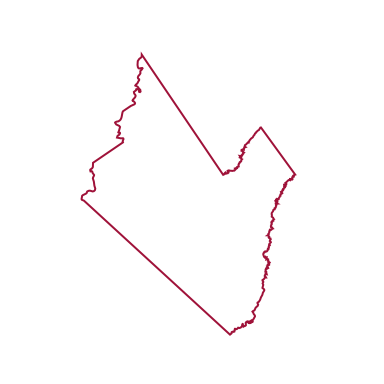 Puerto Caicedo, Putumayo, Colombia (Equal Earth projection), rotated 54°
{"feature_id": "7082276B64544196905368", "entity_name": "Puerto Caicedo", "entity_type": "district", "adm_level": 2, "iso_a3": "COL", "parent_name": "Colombia", "parent_adm1": "Putumayo", "projection": "equal_earth", "projection_center": [-76.404, 0.736], "detail": "fine", "context": "isolated", "style": "outline", "palette": "rose", "viewbox_px": 384, "rotation_deg": 54, "n_neighbors": 0, "source": "geoboundaries", "source_scale": "gbopen_adm2", "svg_char_len": 6055}
<svg xmlns="http://www.w3.org/2000/svg" viewBox="0 0 384 384"><g transform="rotate(54 192 192)"><path d="M238.6,98.3L180.3,98.3L180.1,98.9L181.2,101.5L181.0,102.9L181.3,104.0L181.2,104.5L181.7,105.6L181.7,106.7L182.4,107.7L182.6,108.9L183.5,110.7L183.5,113.1L183.8,113.8L183.9,114.7L184.5,115.8L184.5,116.8L184.8,117.2L185.3,117.2L184.9,118.4L185.3,120.2L185.2,121.5L186.3,123.0L186.9,122.4L187.2,122.3L186.8,123.8L188.0,124.9L187.6,125.0L187.8,125.6L187.4,125.6L187.1,127.2L187.7,127.7L188.3,127.1L188.8,127.3L189.4,127.0L189.9,127.1L190.4,126.9L190.3,127.5L191.1,127.7L191.2,128.0L191.0,128.6L191.5,129.0L191.9,130.0L191.4,130.2L191.6,131.5L191.0,132.1L192.3,132.1L192.3,132.3L191.9,132.8L192.1,133.1L193.0,132.6L192.7,131.9L192.8,131.7L193.8,132.5L194.3,132.6L194.9,132.3L195.1,133.3L196.0,134.1L196.0,134.6L196.2,135.1L195.9,135.5L196.0,136.1L196.6,136.6L196.6,137.3L196.9,137.4L197.3,138.4L198.8,139.2L198.4,140.3L199.1,141.2L198.5,141.5L198.7,141.8L198.6,142.2L198.9,142.6L198.4,142.8L198.2,143.4L199.3,143.5L199.6,145.1L199.2,145.5L198.9,146.6L196.7,149.2L196.2,149.4L195.8,150.6L195.8,150.9L196.2,151.1L196.8,150.7L197.4,150.7L197.7,151.0L197.6,151.6L197.8,151.9L197.5,152.3L197.5,152.9L197.0,153.2L197.1,153.8L197.0,154.0L195.9,153.7L196.0,154.5L196.6,155.7L196.6,156.0L196.3,156.1L196.3,156.7L51.3,151.9L53.0,153.2L53.3,154.5L53.3,156.4L54.2,158.9L57.2,161.4L59.2,162.4L60.5,162.5L61.3,161.8L61.7,160.7L62.3,159.5L62.5,159.3L62.9,159.3L63.5,160.9L63.7,162.4L64.1,163.0L65.6,163.9L66.1,164.9L66.7,167.4L67.5,168.5L68.4,168.9L69.8,168.5L70.5,169.1L71.1,170.7L71.7,171.7L72.0,172.6L72.2,174.5L72.6,175.3L74.9,174.1L77.3,174.1L78.9,173.8L80.5,174.6L80.6,175.4L80.0,175.9L77.7,175.0L76.3,176.1L76.1,176.8L76.5,177.1L76.8,177.5L76.9,180.2L78.4,180.9L80.1,180.8L81.1,181.1L81.9,182.3L82.6,185.5L83.0,186.3L83.6,186.4L84.2,185.9L85.4,185.7L86.6,185.8L87.1,186.4L87.2,187.1L86.4,191.0L86.1,200.2L86.6,201.3L89.9,204.8L90.8,206.0L91.4,207.2L91.6,208.1L91.6,209.9L90.7,211.8L90.5,213.1L90.7,213.5L92.8,213.6L95.8,212.0L97.1,212.0L99.5,215.0L100.5,216.6L100.9,216.5L101.7,215.5L102.2,215.7L102.9,217.1L102.8,218.3L102.9,219.4L103.9,220.7L106.8,218.0L107.9,216.3L108.2,216.1L108.9,216.3L110.2,218.3L111.1,218.3L111.3,217.9L110.2,254.9L113.5,257.5L114.1,258.8L114.1,261.1L114.8,261.7L115.7,262.0L116.1,261.0L116.8,260.7L118.2,261.2L120.7,261.2L121.1,261.6L122.1,263.5L122.7,264.2L125.9,265.3L129.6,267.3L132.3,268.2L132.9,268.8L133.5,269.6L133.6,270.5L133.6,270.9L133.2,272.0L131.0,273.7L130.4,274.6L130.0,276.2L130.0,276.5L130.9,277.8L131.0,278.7L130.4,282.2L130.5,283.1L132.8,285.5L133.5,285.7L135.5,284.5L329.7,245.1L329.6,243.1L329.3,242.7L328.8,242.5L328.7,242.0L329.3,240.1L329.7,240.2L329.8,239.7L329.3,239.4L328.8,238.3L328.2,238.2L327.9,237.7L328.1,237.4L328.8,237.0L329.2,236.4L329.2,235.7L328.9,234.4L329.8,233.8L330.3,232.4L330.0,230.5L328.7,229.2L328.5,228.7L328.9,228.5L329.8,229.4L331.1,229.6L331.1,228.6L331.5,228.2L331.6,227.2L331.4,226.6L330.5,226.2L329.3,225.3L329.0,224.1L329.1,223.8L329.4,224.2L330.1,222.6L330.4,223.1L330.6,222.8L330.8,220.1L331.1,220.4L331.2,221.4L331.5,222.0L331.3,222.9L331.5,223.0L331.8,222.7L332.4,221.7L332.5,220.0L332.7,219.5L332.6,219.1L331.4,218.7L331.2,217.5L329.7,214.2L328.8,213.7L327.1,213.8L326.1,213.5L324.3,213.4L324.2,212.3L324.4,211.7L324.4,210.9L323.0,208.5L322.7,205.7L321.9,204.6L320.7,204.5L320.0,204.0L320.1,202.4L319.2,200.2L317.8,198.2L316.6,195.6L315.2,193.9L314.2,191.6L313.8,191.1L313.0,190.9L311.0,191.4L309.0,188.9L307.4,188.6L306.8,187.3L306.3,187.0L305.2,187.1L304.7,186.8L304.7,184.9L304.1,183.3L304.7,182.4L303.5,182.3L302.8,182.6L302.2,182.1L301.9,181.1L301.6,180.8L302.1,180.6L302.2,180.1L301.4,180.1L301.4,179.9L301.9,179.7L300.8,179.3L300.3,178.8L299.8,178.8L299.4,179.3L298.4,178.2L298.0,178.0L298.2,175.9L297.9,176.1L297.6,176.8L297.3,176.8L297.2,176.1L297.4,174.9L296.1,174.9L296.1,174.1L295.4,173.6L295.5,173.4L296.0,173.6L296.3,172.4L294.9,171.3L294.7,170.6L294.4,170.7L294.8,171.6L294.6,172.1L293.8,171.7L293.5,170.9L292.3,171.1L292.1,170.5L291.6,170.6L291.2,170.0L290.3,170.4L290.1,171.4L288.7,169.9L288.1,170.9L288.7,170.9L288.3,171.5L287.7,171.3L287.6,170.9L287.4,170.8L287.1,171.7L286.8,171.8L284.5,171.1L283.6,170.3L283.5,168.7L283.1,169.0L283.0,168.8L283.0,167.7L283.7,167.1L284.0,166.6L283.9,165.7L283.3,165.0L283.4,164.5L283.3,163.8L282.9,163.4L282.8,164.1L282.3,163.8L282.4,162.8L282.0,162.3L281.2,162.0L280.7,161.3L280.9,160.5L280.8,160.2L280.6,160.2L280.2,160.8L279.9,160.6L279.3,159.7L279.1,157.8L278.5,157.6L277.4,157.9L276.7,157.1L276.6,156.2L275.7,155.8L274.5,156.7L273.9,156.7L273.5,155.8L272.7,156.0L272.1,155.7L271.5,156.4L271.5,155.0L270.8,154.9L270.3,153.4L269.4,152.8L268.2,151.1L268.4,150.7L269.1,150.8L269.1,149.4L268.9,148.7L269.1,148.1L268.3,148.2L267.9,148.0L266.8,148.7L265.9,148.2L265.5,147.4L264.8,146.8L264.9,146.5L264.8,146.2L263.5,145.6L263.4,145.0L263.0,145.2L262.9,144.4L262.5,143.9L263.0,143.0L262.2,142.5L262.2,141.7L261.6,141.8L260.5,141.5L258.8,142.0L257.5,140.8L256.7,140.6L255.9,139.9L255.1,137.6L254.4,136.9L254.3,136.2L254.6,135.5L254.3,135.2L254.3,134.8L253.7,134.6L253.8,133.4L252.9,132.6L252.7,132.0L252.3,132.0L251.8,131.0L251.0,131.3L250.8,131.2L251.6,129.8L251.0,130.1L250.8,129.7L249.3,130.0L249.3,129.6L250.1,129.1L250.1,128.6L248.8,128.2L248.4,129.4L248.1,129.5L248.0,128.7L248.4,127.9L247.8,128.5L247.5,128.4L247.4,127.3L248.8,126.4L248.8,126.1L247.9,125.2L247.6,124.1L247.0,123.5L247.1,122.6L246.1,122.1L245.9,121.7L246.1,120.5L246.0,119.6L245.2,119.6L244.6,120.1L244.2,120.0L244.3,118.6L243.9,118.1L244.2,117.5L243.9,116.8L243.3,117.1L243.0,116.5L242.9,114.0L242.4,113.8L241.6,115.2L242.2,113.4L242.2,112.9L241.3,113.0L240.5,113.4L240.2,113.2L240.5,112.6L241.4,111.7L241.4,111.4L240.9,110.9L239.9,111.3L239.5,111.1L239.6,110.5L239.1,106.9L239.3,106.4L240.2,105.7L240.0,105.4L239.2,105.3L239.0,105.1L240.0,103.9L240.8,103.8L240.8,103.4L240.6,103.0L239.9,103.0L239.4,102.7L238.9,102.0L239.5,100.8L239.1,100.3L238.4,100.3L238.6,99.7L238.3,99.5L238.3,99.2L238.6,98.3Z" fill="none" stroke="#9f1239" stroke-width="2"/></g></svg>